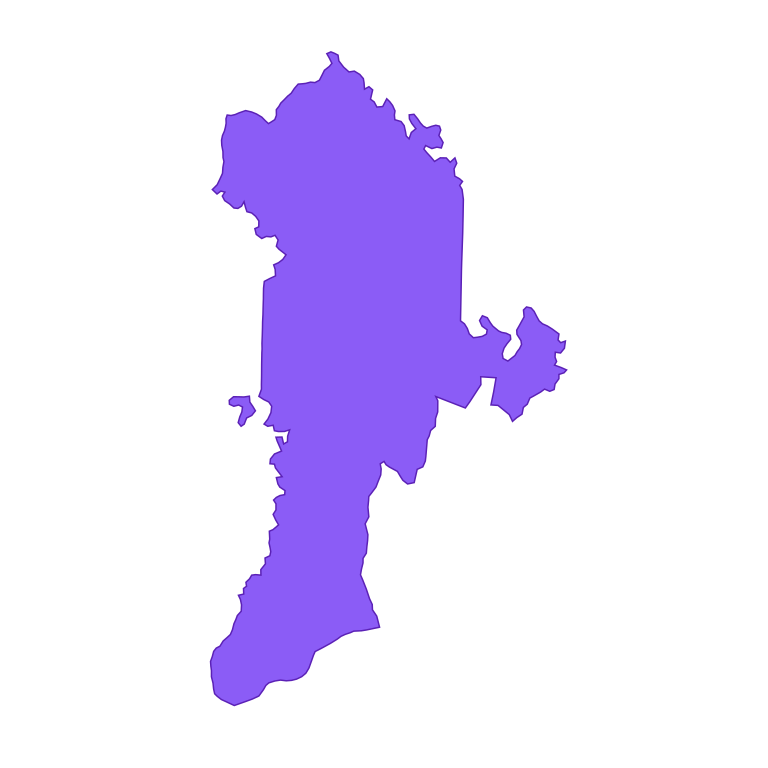 the district of Ijuí, Rio Grande do Sul, Brazil, rotated 183°
{"feature_id": "56859067B40890033083264", "entity_name": "Ijuí", "entity_type": "district", "adm_level": 2, "iso_a3": "BRA", "parent_name": "Brazil", "parent_adm1": "Rio Grande do Sul", "projection": "mercator", "projection_center": [-53.893, -28.297], "detail": "fine", "context": "isolated", "style": "filled", "palette": "violet", "viewbox_px": 768, "rotation_deg": 183, "n_neighbors": 0, "source": "geoboundaries", "source_scale": "gbopen_adm2", "svg_char_len": 5246}
<svg xmlns="http://www.w3.org/2000/svg" viewBox="0 0 768 768"><g transform="rotate(183 384 384)"><path d="M531.2,118.9L534.1,113.6L537.7,111.5L540.1,108.1L541.2,102.8L542.7,97.9L542.1,93.0L541.3,88.7L541.0,82.6L539.1,76.4L538.2,70.6L536.9,65.8L534.1,63.3L529.9,60.4L525.6,58.7L516.7,55.1L511.1,57.4L505.3,59.8L499.0,62.5L492.6,65.9L488.4,72.4L486.2,76.8L483.4,79.5L477.5,81.7L471.9,82.9L466.1,82.5L460.8,83.2L455.9,84.7L450.9,87.4L446.9,91.1L444.1,96.4L441.9,103.7L440.3,109.2L438.8,113.2L431.5,117.5L423.6,122.4L417.3,126.8L413.7,129.8L409.5,132.0L404.6,133.9L401.3,135.6L393.6,136.4L388.5,137.5L375.7,140.9L379.1,151.8L383.7,157.9L384.2,163.2L387.2,168.8L390.9,178.2L395.2,187.6L397.5,192.2L396.8,198.0L395.6,204.2L395.8,208.8L392.8,214.1L392.6,220.8L392.2,226.6L392.2,232.7L395.5,243.4L392.2,250.6L393.6,260.1L393.3,266.9L393.3,270.9L390.8,274.4L386.6,280.7L384.7,286.6L382.5,293.0L382.4,299.0L383.6,304.1L379.9,306.7L377.7,303.5L374.4,301.4L366.0,297.4L362.7,292.4L360.1,288.8L355.2,285.4L348.7,287.1L346.4,300.5L340.9,303.3L338.7,309.2L338.4,314.0L337.9,330.6L336.2,334.4L335.0,340.0L330.6,344.4L330.7,352.3L328.9,358.9L329.4,370.1L331.6,374.2L301.5,364.3L297.2,371.1L287.2,388.4L287.8,396.3L272.4,396.1L274.1,381.8L276.1,368.7L269.0,368.6L257.3,360.0L253.7,353.4L249.6,357.4L244.6,361.1L243.6,367.9L239.9,371.3L237.6,377.6L234.3,379.6L227.0,384.3L223.4,387.3L218.1,385.4L213.8,387.4L213.2,392.9L209.6,398.4L209.8,402.7L204.8,404.6L202.4,407.6L207.9,409.7L214.7,411.8L212.8,415.5L214.6,419.7L214.6,424.7L209.3,424.2L205.7,429.1L205.1,436.4L209.7,434.5L212.5,437.1L211.9,443.1L218.9,447.7L223.9,450.5L228.9,452.4L232.4,455.2L235.2,459.7L237.9,464.4L241.0,467.6L245.7,468.4L248.6,465.2L247.6,458.4L251.7,449.9L254.3,444.7L253.8,440.5L249.5,434.5L248.7,430.6L250.5,426.4L252.6,423.4L254.7,419.3L261.5,413.4L266.4,415.7L267.5,420.4L266.0,426.1L263.3,430.6L259.8,435.3L260.4,439.3L264.7,441.1L269.2,441.7L272.4,443.0L278.4,447.5L281.0,450.7L284.3,455.6L289.3,457.3L291.9,452.4L289.1,446.9L283.8,443.5L284.3,439.2L288.4,436.7L293.1,435.6L297.2,434.9L301.5,438.5L303.7,443.8L306.8,448.3L310.9,451.1L312.6,501.6L312.8,509.9L313.3,538.7L313.8,555.1L314.4,572.6L316.2,582.3L318.8,586.3L316.2,590.4L319.3,592.9L324.2,595.3L325.3,602.5L322.9,608.3L325.0,613.5L329.5,608.9L333.6,613.0L339.6,612.8L345.2,608.9L349.0,613.0L353.4,617.3L356.5,620.7L354.9,624.3L348.5,621.6L343.6,623.3L339.1,622.7L337.6,628.2L339.8,631.8L342.2,635.1L340.6,640.6L342.1,644.4L345.8,645.1L349.9,643.8L354.7,641.8L358.3,643.6L361.3,646.6L364.3,650.6L368.2,654.9L372.9,654.1L372.5,650.0L369.9,645.7L365.5,640.6L369.9,636.6L371.8,630.1L374.8,632.9L375.7,637.0L377.4,643.1L380.7,647.0L387.0,648.5L387.7,653.2L387.3,657.3L390.0,662.6L393.0,666.2L396.2,669.0L399.8,661.0L405.6,660.2L408.6,665.2L412.4,667.7L410.7,677.1L414.6,680.1L418.9,677.4L419.7,683.8L420.6,687.9L424.4,691.9L430.0,694.9L435.3,693.8L440.9,698.3L446.0,704.3L447.1,710.0L450.6,711.6L454.4,712.9L458.4,710.9L455.7,706.7L452.8,701.5L455.2,698.3L459.9,694.2L462.1,689.1L464.4,684.0L468.7,681.4L473.2,681.6L477.9,680.1L481.5,679.5L485.4,679.0L489.0,674.4L491.9,669.5L495.2,666.5L498.6,662.6L501.8,659.1L503.5,655.7L505.9,652.3L505.5,646.7L506.9,642.3L509.9,640.1L513.0,638.0L516.2,640.6L520.0,644.1L525.5,647.0L530.4,648.7L536.5,649.8L542.9,647.2L546.7,645.3L550.8,644.1L554.7,644.4L555.7,640.6L555.3,636.1L555.8,632.1L556.6,628.2L558.3,623.7L559.0,619.0L558.5,613.9L557.0,607.7L556.6,601.7L555.5,597.8L556.2,592.0L556.3,585.9L558.5,580.3L561.0,574.3L565.6,569.2L560.7,565.0L557.0,568.1L552.9,567.3L555.3,563.2L552.7,558.8L547.6,555.7L543.1,551.9L539.1,551.7L535.6,554.1L533.3,558.7L531.5,553.0L529.9,548.9L525.1,547.9L520.9,544.7L517.5,540.3L517.3,534.4L521.1,532.4L519.4,526.7L513.7,522.9L509.3,525.2L504.6,525.0L500.6,526.8L497.3,522.3L498.7,515.9L495.7,512.9L492.2,510.5L488.6,507.9L491.6,503.1L495.7,499.6L500.4,497.2L498.7,492.8L498.0,486.3L503.5,483.4L508.9,480.2L509.3,473.4L509.1,467.1L508.9,462.7L508.8,457.5L508.7,453.5L508.5,446.9L508.5,439.6L508.3,434.1L508.1,425.8L508.0,418.2L507.6,412.7L507.6,408.8L507.4,403.1L507.2,397.1L507.0,392.9L506.8,388.6L506.6,383.9L506.4,377.3L506.1,372.4L508.3,365.1L503.3,362.2L498.1,360.0L495.0,355.9L495.4,349.5L498.1,342.9L501.7,337.7L497.9,335.7L492.5,337.0L491.0,331.6L487.0,331.0L480.9,331.4L475.8,333.3L477.5,326.8L477.4,321.2L481.1,318.9L483.1,325.7L489.1,325.2L487.7,321.5L482.8,311.7L489.7,308.4L493.5,303.1L493.7,298.4L489.2,298.2L488.0,294.5L480.9,286.1L486.6,284.9L484.7,278.6L482.6,275.5L477.3,272.4L477.4,268.3L482.0,267.2L485.6,265.1L488.2,262.3L485.6,258.7L485.3,252.6L487.9,248.0L485.0,242.5L481.9,237.8L487.3,232.7L490.8,231.0L490.0,223.1L490.5,219.3L489.2,214.6L488.3,210.6L489.0,206.5L493.7,204.0L493.0,198.2L497.3,192.2L496.9,186.7L502.3,186.9L506.1,186.2L508.1,182.4L511.5,178.8L510.7,174.8L513.6,172.5L513.1,166.9L518.3,165.4L516.1,161.3L514.7,156.0L514.7,149.6L518.3,145.2L519.6,141.1L521.3,136.7L522.5,130.6L524.3,125.8L527.4,122.6L531.2,118.9ZM517.8,364.8L523.2,363.7L528.5,363.6L533.6,363.4L537.7,359.6L537.3,355.7L532.8,353.9L528.0,355.4L524.1,353.6L524.5,348.6L526.3,343.6L527.6,337.8L524.5,334.3L521.5,336.6L519.4,342.9L514.4,345.7L511.0,350.5L513.8,354.7L517.0,358.9L517.8,364.8Z" fill="#8b5cf6" stroke="#5b21b6" stroke-width="1.5"/></g></svg>